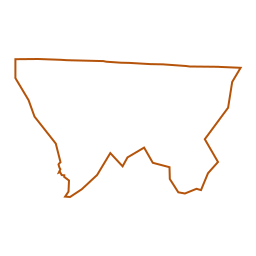 Alleghany, North Carolina, United States of America
{"feature_id": "52423323B93536446386656", "entity_name": "Alleghany", "entity_type": "district", "adm_level": 2, "iso_a3": "USA", "parent_name": "United States of America", "parent_adm1": "North Carolina", "projection": "equal_earth", "projection_center": [-81.137, 36.471], "detail": "fine", "context": "isolated", "style": "outline", "palette": "amber", "viewbox_px": 256, "rotation_deg": 0, "n_neighbors": 0, "source": "geoboundaries", "source_scale": "gbopen_adm2", "svg_char_len": 721}
<svg xmlns="http://www.w3.org/2000/svg" viewBox="0 0 256 256"><path d="M208.0,173.2L218.0,162.0L204.8,139.2L228.1,107.7L232.2,81.9L240.6,67.8L219.4,66.9L218.5,66.8L189.7,66.5L185.9,66.0L162.2,64.3L160.7,64.3L150.1,64.1L129.3,62.9L120.8,62.7L106.2,61.7L103.4,61.1L67.0,60.2L60.7,59.8L38.2,59.0L15.4,59.2L15.4,78.1L28.6,100.2L34.5,116.6L55.8,143.6L60.5,162.2L58.8,163.9L58.5,164.5L59.5,167.8L60.4,169.2L58.8,172.6L60.1,172.1L61.7,175.1L64.3,175.3L64.2,176.9L69.0,180.5L68.5,191.6L65.1,196.6L70.0,197.0L81.7,189.3L97.1,175.0L110.3,153.1L122.6,166.3L127.5,157.4L144.1,147.6L152.8,162.8L169.5,167.2L169.8,179.0L178.3,192.3L184.9,193.5L196.5,188.8L201.0,190.1L208.0,173.2Z" fill="none" stroke="#b45309" stroke-width="2"/></svg>